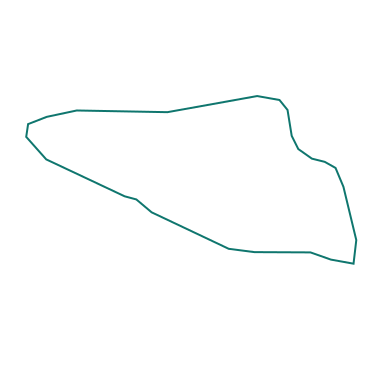 SVG path tracing the border of Moûhîlî, rotated 168°
{"feature_id": "COM-4934", "entity_name": "Moûhîlî", "entity_type": "state/province", "adm_level": 1, "iso_a3": "COM", "parent_name": "Comoros", "parent_adm1": "", "projection": "natural_earth1", "projection_center": [43.722, -12.305], "detail": "fine", "context": "isolated", "style": "outline", "palette": "teal", "viewbox_px": 384, "rotation_deg": 168, "n_neighbors": 0, "source": "natural_earth", "source_scale": "10m", "svg_char_len": 452}
<svg xmlns="http://www.w3.org/2000/svg" viewBox="0 0 384 384"><g transform="rotate(168 192 192)"><path d="M248.0,196.3L258.8,201.8L327.8,254.2L342.7,280.4L338.2,292.5L318.5,295.7L287.8,295.7L199.5,275.2L108.3,272.3L87.3,263.8L81.5,252.4L82.8,226.2L79.1,211.9L67.8,199.7L55.9,193.9L46.6,185.7L42.8,165.6L41.3,110.8L48.9,88.3L70.2,97.0L88.7,108.3L143.4,120.2L167.9,128.8L235.7,180.5L248.0,196.3Z" fill="none" stroke="#0f766e" stroke-width="2"/></g></svg>